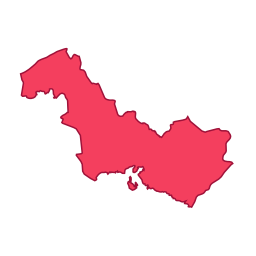 outline of Northern Ostrobothnia, rotated 261°
{"feature_id": "FIN-3180", "entity_name": "Northern Ostrobothnia", "entity_type": "Province", "adm_level": 1, "iso_a3": "FIN", "parent_name": "Finland", "parent_adm1": "", "projection": "orthographic", "projection_center": [26.371, 64.957], "detail": "fine", "context": "isolated", "style": "filled", "palette": "rose", "viewbox_px": 256, "rotation_deg": 261, "n_neighbors": 0, "source": "natural_earth", "source_scale": "10m", "svg_char_len": 5736}
<svg xmlns="http://www.w3.org/2000/svg" viewBox="0 0 256 256"><g transform="rotate(261 128 128)"><path d="M198.3,30.4L198.5,31.6L199.1,33.9L199.8,35.9L201.5,39.6L205.6,46.4L208.0,49.4L208.7,51.0L209.4,53.5L210.4,58.5L210.8,59.6L212.0,62.3L212.3,63.3L213.3,66.6L214.4,69.3L214.7,70.4L215.8,76.4L216.0,78.0L216.1,79.5L215.7,80.1L214.8,79.8L213.0,78.8L206.8,81.1L205.2,82.4L206.0,83.7L208.1,85.2L209.0,86.4L208.7,87.3L206.7,90.0L206.4,91.0L199.9,91.7L198.0,91.3L196.1,90.4L194.2,89.8L193.2,90.0L192.0,93.2L189.9,94.5L185.4,95.3L178.3,98.8L177.4,99.6L177.7,100.3L177.5,100.9L176.7,102.6L176.2,103.6L175.8,103.9L175.5,104.0L176.4,104.1L176.6,104.3L176.7,105.4L175.1,106.2L162.1,109.5L160.7,110.1L159.5,111.5L158.5,113.9L158.2,115.4L158.0,117.0L157.6,118.4L157.1,119.3L156.4,119.5L153.8,118.4L142.8,120.0L141.3,121.2L140.7,122.4L140.6,124.6L142.1,126.1L143.4,127.9L143.8,128.7L143.5,129.3L143.6,129.5L144.2,130.0L144.1,130.6L143.8,132.2L143.6,133.6L143.7,134.3L143.9,135.0L143.8,135.7L143.2,136.3L143.5,136.5L143.0,137.5L142.3,137.8L141.3,137.8L138.0,137.0L136.2,137.0L132.9,139.2L131.1,141.0L130.5,141.9L130.1,143.2L130.5,143.2L130.6,143.5L130.4,144.8L130.0,145.5L129.5,145.9L127.8,148.0L126.7,148.4L123.3,148.8L123.2,149.3L123.4,149.8L123.3,150.3L122.9,150.9L122.7,151.1L122.0,151.2L121.6,151.6L121.3,152.6L120.9,153.4L120.2,153.8L120.3,154.1L120.6,154.2L120.2,154.5L118.1,155.1L117.3,155.5L115.4,157.5L115.0,157.9L114.1,158.2L114.2,158.4L114.3,158.3L114.2,158.8L114.1,159.1L113.5,159.7L114.1,160.4L116.8,162.9L118.3,165.3L118.5,166.7L118.5,168.1L120.1,169.7L120.9,170.2L121.9,170.4L123.8,170.3L124.2,170.4L124.6,170.9L124.5,172.7L124.7,173.2L125.5,173.6L126.6,173.7L127.0,175.0L127.2,183.2L127.5,185.9L127.9,187.1L129.9,188.8L124.8,190.6L113.5,200.5L111.8,203.6L112.2,205.2L113.2,215.6L113.1,217.8L111.9,218.4L111.2,219.0L110.6,220.1L110.4,221.1L109.9,224.2L109.7,224.8L108.8,226.4L105.6,227.8L103.9,228.1L102.2,227.5L100.9,226.3L98.6,223.3L97.1,222.3L90.0,221.4L88.7,220.7L86.2,218.0L84.8,217.3L82.6,216.7L81.4,217.0L80.2,218.3L79.3,220.8L78.8,223.2L78.0,225.1L76.5,225.9L75.7,224.2L69.2,216.2L65.3,212.5L63.4,209.7L60.3,202.5L59.2,200.9L57.7,199.8L55.3,198.6L54.5,197.5L54.5,197.0L54.1,194.8L53.2,194.1L51.9,192.6L51.4,191.3L50.8,188.3L50.6,186.7L49.1,184.7L44.8,182.4L39.9,178.5L40.4,177.8L40.4,176.8L40.6,175.8L40.9,175.3L41.5,175.8L41.9,175.9L43.3,175.2L43.7,174.8L43.9,174.2L44.6,172.1L45.2,172.3L46.3,173.1L46.8,173.6L46.5,172.0L46.4,171.1L46.6,170.0L47.0,169.0L47.9,167.9L48.3,166.9L48.7,165.0L48.9,164.4L49.5,163.9L50.8,163.4L51.2,162.8L51.2,161.7L51.8,161.7L52.2,161.5L52.4,161.0L52.6,161.1L53.7,160.4L54.7,160.5L54.9,160.2L54.9,159.1L55.0,158.6L55.1,158.2L55.5,158.1L56.3,158.3L56.6,158.1L56.8,157.6L57.0,156.8L57.1,156.5L57.7,156.0L58.3,155.9L58.8,155.5L59.3,154.4L59.3,153.9L59.2,153.3L59.2,152.8L59.7,152.3L59.8,151.8L59.7,151.3L59.6,151.2L59.8,149.9L60.1,149.1L60.8,147.7L61.3,146.1L61.8,145.8L62.7,144.6L63.8,144.0L64.4,143.5L64.8,142.5L64.5,141.5L64.5,141.1L64.8,140.4L66.1,139.4L65.1,138.3L64.7,137.8L65.3,137.5L65.9,137.6L68.0,138.9L68.3,138.9L68.6,138.6L68.6,138.2L68.3,137.8L68.2,137.4L68.5,136.3L69.0,136.0L70.2,135.9L70.3,134.7L71.4,134.0L74.8,133.6L79.7,130.9L80.3,130.8L80.8,131.0L81.3,132.4L81.6,133.0L81.8,133.1L82.3,132.8L82.6,133.0L82.8,134.6L83.2,135.3L83.6,135.9L84.1,136.1L84.8,136.2L84.8,136.7L84.3,136.7L83.8,137.1L84.8,137.5L87.4,136.7L87.6,136.5L87.3,135.3L87.4,134.7L87.9,132.2L87.6,131.4L87.3,131.3L86.9,131.6L86.6,131.8L86.2,131.5L85.4,130.6L84.4,130.2L83.9,129.5L83.0,127.7L83.6,126.8L83.4,126.4L83.9,126.1L86.7,126.6L87.2,127.1L88.1,128.2L88.8,128.7L89.4,128.9L89.8,128.7L90.0,127.8L89.8,126.9L89.5,126.3L89.3,125.7L89.5,124.7L89.2,124.0L89.2,123.7L89.3,123.3L88.4,121.9L88.2,121.3L88.2,120.6L88.1,120.1L87.7,119.3L86.9,118.4L83.8,117.5L84.0,116.0L84.2,115.3L85.2,114.3L85.5,113.8L85.8,113.1L85.9,112.2L85.8,111.2L86.5,111.2L87.1,110.8L86.3,110.3L86.6,109.3L86.7,109.0L86.3,108.6L85.8,108.5L86.2,107.9L86.6,105.9L87.0,105.0L86.6,104.1L87.1,103.8L87.4,103.2L85.6,100.9L86.0,100.7L86.7,100.7L87.1,100.5L88.0,98.7L87.8,97.6L88.2,95.2L88.0,94.0L87.3,92.5L86.5,91.3L84.5,89.2L83.9,88.8L83.2,88.9L82.6,89.0L82.0,88.9L81.4,87.9L81.2,86.9L82.0,85.9L83.9,83.3L89.3,77.6L92.4,76.5L99.3,77.1L102.3,76.3L109.1,72.7L110.0,73.0L109.9,75.7L109.9,77.4L110.1,78.5L110.7,78.9L128.2,79.8L135.2,76.8L136.9,74.6L142.9,64.2L143.7,63.5L146.6,65.2L147.1,65.2L147.6,64.8L147.4,64.6L148.2,63.5L149.2,63.3L150.5,65.2L151.5,68.2L152.2,69.5L152.9,70.5L152.8,71.3L164.3,72.6L165.5,72.4L167.9,71.2L170.4,70.9L171.6,70.2L172.5,68.8L172.7,67.8L172.2,66.1L169.9,63.1L169.3,62.5L168.8,61.8L169.0,61.5L169.3,61.4L169.1,59.7L169.8,59.5L169.8,60.4L170.4,60.6L171.0,60.5L173.3,59.7L176.7,60.0L177.9,59.6L178.4,59.1L178.8,58.1L178.7,56.6L177.9,56.5L177.1,56.1L175.4,54.7L175.7,54.1L175.0,52.9L174.6,51.9L174.9,51.4L176.2,51.3L177.0,50.9L177.3,50.6L177.5,49.6L177.5,49.2L177.8,48.5L178.5,47.6L178.6,47.1L177.8,46.3L177.8,46.0L178.4,44.2L178.4,43.9L178.0,43.6L177.9,43.5L178.0,43.0L177.6,42.7L177.3,42.6L176.6,42.7L175.7,43.2L175.3,43.2L175.4,42.6L174.3,42.0L173.3,41.0L172.6,39.4L172.4,37.2L172.6,35.7L173.0,34.5L173.5,33.6L174.0,32.9L174.4,32.8L175.2,32.8L175.5,32.5L175.7,31.7L175.8,29.1L175.9,28.7L177.1,27.9L188.5,31.7L189.9,31.7L192.1,30.8L198.3,30.4ZM77.7,121.8L78.8,121.7L79.6,122.6L78.6,123.2L76.8,123.1L74.5,122.4L72.9,122.5L72.4,123.7L70.2,125.0L70.9,126.8L72.6,126.6L73.0,127.1L72.7,127.4L71.7,127.4L71.5,127.6L71.2,128.1L70.9,128.3L70.4,128.4L69.8,128.4L69.5,127.9L69.8,127.0L69.5,126.1L69.1,125.4L68.4,127.0L67.6,127.2L66.7,125.6L66.2,124.5L65.9,122.7L66.5,121.9L68.4,119.9L70.8,119.8L73.4,119.1L74.7,119.7L75.1,120.6L74.4,121.0L74.7,121.5L75.3,121.4L77.7,121.8Z" fill="#f43f5e" stroke="#9f1239" stroke-width="1.5"/></g></svg>